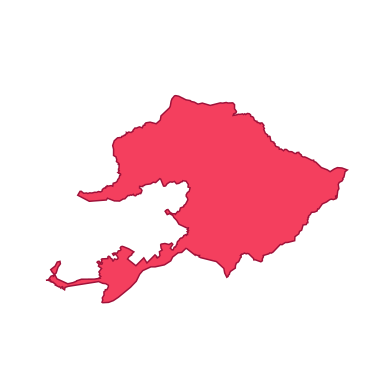 Caloto, Cauca, Colombia (Albers equal-area conic projection), rotated 262°
{"feature_id": "7082276B98035381809124", "entity_name": "Caloto", "entity_type": "district", "adm_level": 2, "iso_a3": "COL", "parent_name": "Colombia", "parent_adm1": "Cauca", "projection": "albers", "projection_center": [-76.384, 3.067], "detail": "fine", "context": "isolated", "style": "filled", "palette": "rose", "viewbox_px": 384, "rotation_deg": 262, "n_neighbors": 0, "source": "geoboundaries", "source_scale": "gbopen_adm2", "svg_char_len": 6068}
<svg xmlns="http://www.w3.org/2000/svg" viewBox="0 0 384 384"><g transform="rotate(262 192 192)"><path d="M128.2,40.6L125.1,37.6L124.9,35.1L124.7,37.5L125.6,38.8L125.1,39.2L124.2,38.1L123.7,39.3L123.0,39.3L122.6,40.2L122.9,40.5L122.1,40.9L121.8,42.3L120.8,42.7L119.5,44.2L118.9,43.7L116.6,46.9L116.8,47.5L115.0,48.8L115.9,49.4L116.3,50.4L115.6,50.9L114.4,50.5L112.9,52.2L115.2,53.0L115.8,56.3L116.3,87.1L114.0,90.9L113.2,93.8L111.3,96.2L109.6,95.9L107.1,94.1L107.3,92.6L106.2,92.3L105.4,90.9L102.1,90.5L99.6,88.4L97.4,88.6L95.4,87.5L94.8,88.2L94.3,94.1L95.4,99.0L98.0,104.4L106.2,117.8L111.4,124.4L117.8,128.7L121.0,132.3L123.6,140.8L123.0,145.0L123.7,154.6L126.8,161.4L130.3,163.8L133.7,169.7L133.6,173.4L137.0,178.1L136.6,179.0L129.0,186.3L129.6,186.6L128.3,188.8L128.1,190.6L126.9,189.9L125.8,191.4L119.7,206.5L111.9,212.9L107.3,213.1L102.7,214.6L103.4,216.0L104.2,216.1L105.4,217.6L106.9,218.1L108.2,219.4L110.6,224.3L113.1,224.8L115.5,226.1L116.0,227.7L117.3,229.1L119.8,230.5L120.6,231.6L122.1,231.8L122.4,231.2L123.5,232.3L123.4,233.6L124.2,235.3L123.2,237.2L123.5,238.0L123.0,239.5L117.4,243.8L116.2,243.7L116.0,245.3L113.3,250.5L114.1,252.1L116.1,252.4L117.9,253.7L119.2,253.7L120.1,259.5L120.8,260.3L120.5,262.2L121.3,264.0L127.8,272.2L127.3,273.8L129.0,277.4L128.7,279.7L129.5,286.9L133.4,287.7L135.7,291.9L138.0,293.0L139.0,295.3L143.9,297.4L143.9,300.6L145.4,301.6L145.5,302.5L148.5,302.5L148.8,303.1L150.8,303.4L150.9,304.1L152.1,304.2L153.3,306.0L155.2,307.5L155.1,310.5L155.8,313.2L157.7,314.1L157.5,315.1L162.1,319.4L163.4,323.9L165.3,327.4L165.5,329.2L164.8,330.9L165.4,333.8L167.9,333.6L168.2,334.3L165.7,334.6L173.0,336.5L174.7,337.9L179.2,337.9L181.0,339.1L182.0,342.0L183.5,343.3L184.4,343.1L185.6,344.5L190.8,346.4L192.2,348.9L194.9,343.9L195.9,339.4L195.0,336.1L192.9,331.6L195.2,328.9L198.2,323.5L204.3,318.8L205.2,317.1L206.6,316.9L206.6,315.2L209.9,310.5L211.0,308.6L211.2,306.9L212.5,305.3L213.5,305.4L215.6,303.4L216.4,303.3L216.5,301.4L215.7,300.6L215.9,299.0L218.0,296.5L218.6,293.5L220.9,291.5L221.3,289.9L220.1,288.4L222.2,286.2L222.2,284.4L224.1,284.3L225.5,281.4L227.2,280.7L228.2,280.9L229.1,279.9L229.8,280.1L231.5,277.2L236.1,276.9L236.5,276.2L236.4,274.7L238.1,274.7L239.9,272.8L244.1,271.7L244.7,272.5L247.0,271.7L248.0,272.5L250.6,271.0L250.8,269.7L250.1,269.0L251.4,267.8L251.8,266.2L253.0,266.2L253.3,265.0L254.5,263.7L257.3,263.2L258.2,262.2L258.7,260.8L260.3,260.7L261.6,259.5L262.1,257.7L261.2,256.0L262.1,255.2L261.5,253.9L262.3,253.0L262.2,250.2L262.6,248.5L262.2,247.2L262.1,243.4L263.6,244.2L264.2,246.6L265.6,247.2L268.5,245.7L272.6,246.3L274.6,244.8L275.1,240.0L275.9,238.3L275.7,234.8L276.3,232.4L275.2,222.1L278.6,214.6L278.2,210.1L280.6,206.9L281.7,204.0L282.8,202.9L284.1,198.9L288.7,192.2L289.7,189.3L289.6,188.0L287.1,185.2L284.9,184.0L279.9,182.4L278.4,181.3L271.7,171.9L267.6,170.6L264.6,166.0L267.0,160.2L266.9,156.1L266.1,154.9L264.7,154.6L264.8,153.1L262.5,151.7L263.8,149.0L263.0,145.7L263.3,144.4L261.2,142.1L260.5,142.1L259.4,139.9L260.2,137.7L259.6,136.5L260.1,135.4L258.9,135.6L258.5,134.3L257.5,133.6L257.7,132.8L257.1,132.2L256.8,130.2L255.9,129.8L256.0,125.8L253.6,122.2L249.0,119.9L245.3,120.3L239.1,119.4L237.3,121.6L234.5,122.0L232.7,121.4L230.5,123.4L229.6,122.9L229.4,123.7L225.6,123.0L224.9,122.3L223.3,122.9L223.1,122.2L221.7,122.3L221.6,121.4L220.7,122.1L220.0,123.7L219.4,123.8L218.6,123.5L218.5,122.7L216.1,121.8L214.8,120.4L212.8,119.2L212.0,117.7L211.6,115.2L208.8,114.3L209.6,113.0L209.5,109.8L210.0,108.9L209.1,108.4L209.3,107.8L208.9,107.2L208.0,107.0L208.2,105.7L207.0,103.6L205.5,103.1L204.8,101.5L205.5,99.4L204.9,97.6L205.3,95.5L204.9,92.8L205.4,90.5L205.0,88.7L205.7,87.5L205.8,84.6L208.1,82.4L208.2,81.2L204.7,78.4L197.1,89.0L196.0,106.1L197.6,107.4L194.0,113.9L193.1,119.1L194.6,122.7L194.6,124.6L197.4,128.0L197.2,129.5L197.7,130.9L197.2,131.9L197.9,133.5L196.6,134.2L196.1,135.7L197.4,137.2L197.1,138.1L197.9,140.1L197.6,140.8L198.2,141.0L198.2,141.6L200.6,142.7L202.4,141.8L203.2,140.6L204.9,140.9L204.2,144.0L205.1,144.5L205.2,146.0L205.8,146.6L205.8,152.2L207.1,154.9L206.4,157.3L209.7,162.0L209.1,162.8L201.9,164.6L201.6,165.1L201.7,166.7L203.6,168.5L205.1,171.7L204.5,173.8L204.9,176.1L202.3,177.8L202.4,180.2L203.6,182.9L203.6,183.8L204.5,184.5L203.5,187.7L200.0,189.4L197.5,188.7L196.4,190.7L193.1,189.3L192.1,187.4L189.9,185.8L188.3,185.7L187.0,186.6L184.8,186.8L180.8,183.9L179.8,182.1L178.6,181.8L177.8,178.3L175.0,177.1L174.3,175.8L174.7,175.1L172.2,172.4L172.9,172.0L173.1,169.7L174.0,168.7L173.7,168.2L178.0,165.7L177.9,164.5L176.7,162.7L173.1,164.3L173.7,166.9L171.4,169.7L169.3,170.5L166.0,172.9L161.9,174.6L157.0,182.1L157.0,183.4L156.0,183.1L155.5,182.1L154.2,183.1L153.5,181.7L152.7,182.5L152.1,181.8L150.5,181.7L150.6,181.0L150.0,180.5L150.7,180.1L150.0,177.8L149.1,177.4L147.8,175.5L148.0,174.7L147.3,173.4L145.7,172.1L145.0,170.8L143.1,169.9L142.3,170.1L141.9,169.3L139.8,168.0L140.0,167.0L139.4,166.4L137.4,165.4L137.4,164.3L139.4,162.7L142.9,165.7L144.3,164.7L143.2,161.9L144.8,158.0L144.7,154.2L144.0,153.6L140.7,153.6L138.7,154.4L137.4,151.4L133.5,151.4L132.1,149.9L131.5,148.6L132.0,147.8L132.9,148.2L134.9,146.6L128.0,137.5L133.5,135.1L126.8,126.2L134.6,118.8L136.8,120.7L138.2,123.6L139.2,123.9L140.8,126.1L144.6,121.4L147.4,116.5L147.9,115.3L147.7,114.1L146.6,113.1L145.3,113.7L144.6,113.5L144.0,112.7L143.9,110.8L141.9,109.5L142.4,106.3L141.9,104.7L140.2,105.5L141.0,107.1L140.1,108.4L137.5,109.6L136.8,109.6L135.8,108.7L135.7,107.7L136.5,105.9L134.7,104.5L134.7,104.0L137.0,103.3L137.8,102.1L139.5,101.5L140.0,100.4L139.5,99.7L137.8,99.4L138.3,93.6L137.9,92.9L136.6,93.2L135.2,92.2L134.2,93.4L133.1,92.7L133.2,91.7L136.4,90.3L136.4,89.2L135.7,88.2L133.2,90.0L131.6,89.0L128.9,91.8L125.8,88.7L124.1,89.4L122.8,88.6L121.1,89.9L120.2,88.4L119.4,88.9L119.3,83.2L121.0,70.4L120.1,65.3L119.7,65.1L118.8,61.5L118.4,56.2L124.8,46.2L128.8,44.8L128.1,43.5L129.1,43.9L130.7,46.2L136.1,48.8L139.2,51.7L141.7,51.6L141.4,48.8L137.7,46.2L134.8,41.3L132.0,42.5L129.6,44.3L128.8,43.3L128.2,40.6Z" fill="#f43f5e" stroke="#9f1239" stroke-width="1.5"/></g></svg>